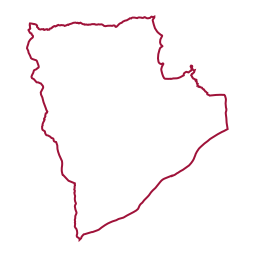 Sandan, Kâmpóng Thum, Cambodia, rotated 179°
{"feature_id": "14789045B38871502259240", "entity_name": "Sandan", "entity_type": "district", "adm_level": 2, "iso_a3": "KHM", "parent_name": "Cambodia", "parent_adm1": "Kâmpóng Thum", "projection": "albers", "projection_center": [105.429, 13.113], "detail": "fine", "context": "isolated", "style": "outline", "palette": "rose", "viewbox_px": 256, "rotation_deg": 179, "n_neighbors": 0, "source": "geoboundaries", "source_scale": "gbopen_adm2", "svg_char_len": 5866}
<svg xmlns="http://www.w3.org/2000/svg" viewBox="0 0 256 256"><g transform="rotate(179 128 128)"><path d="M31.1,159.4L34.7,159.6L39.4,159.5L45.8,159.0L46.4,159.5L48.0,160.2L48.2,160.5L48.1,161.7L48.5,161.8L49.4,162.9L50.1,163.2L50.8,164.3L51.7,165.1L51.6,165.3L52.9,166.1L53.3,167.0L54.6,167.4L54.8,167.6L56.1,167.7L56.7,168.0L56.5,168.3L57.0,168.4L57.1,168.8L57.3,169.1L57.7,169.1L57.5,169.5L57.8,170.0L57.6,170.8L57.9,170.8L57.9,171.0L58.2,171.3L58.5,172.1L58.4,172.7L58.6,172.9L58.7,173.3L59.0,173.5L58.7,173.8L58.8,174.1L58.7,174.6L58.7,174.9L58.9,175.1L59.3,175.1L59.7,175.0L59.7,175.3L59.9,175.4L60.1,175.4L61.2,176.1L61.8,176.2L62.4,177.1L62.8,177.4L63.0,178.3L63.3,178.5L63.5,179.1L63.9,179.6L63.2,180.9L62.6,181.0L61.7,182.0L61.0,182.5L60.3,184.6L61.0,184.4L61.8,184.8L62.2,185.2L63.0,187.2L63.0,187.6L62.7,188.3L62.8,188.9L63.3,189.2L63.8,189.3L64.2,188.8L64.3,188.4L63.6,186.9L63.5,186.2L63.5,185.5L63.9,184.3L65.5,183.4L66.2,182.7L66.6,182.5L68.4,183.1L68.9,183.1L69.9,182.5L70.7,182.0L71.3,181.0L71.4,180.7L71.3,179.7L73.1,178.8L75.0,177.8L77.3,177.0L78.8,176.8L81.6,176.8L84.3,176.3L84.6,176.5L86.5,176.4L90.1,176.6L91.0,177.2L92.0,179.1L92.8,181.5L93.5,184.4L93.7,185.6L93.7,186.4L93.0,188.7L91.6,191.2L91.6,191.7L91.7,191.8L92.0,192.0L93.5,191.3L94.7,191.7L95.7,192.5L96.2,193.3L96.4,194.0L96.8,197.1L96.4,201.3L95.1,205.9L94.3,207.6L92.2,209.1L92.2,209.3L92.6,209.8L93.3,210.3L94.0,211.4L94.4,212.8L94.4,213.6L94.1,215.9L92.3,219.3L92.3,219.8L92.7,220.2L93.6,220.6L96.1,222.7L97.2,223.9L99.3,227.3L100.4,230.9L101.4,235.0L101.4,235.6L100.8,236.6L99.8,237.9L99.7,238.3L99.7,238.9L100.9,238.4L101.3,238.4L102.3,238.9L102.8,238.8L104.1,237.7L106.2,237.3L107.4,237.5L109.2,238.5L109.8,238.5L110.4,238.0L110.9,237.9L112.0,237.8L112.7,238.1L114.2,238.3L115.7,238.3L116.9,237.7L119.7,238.3L121.6,238.3L122.9,237.8L123.0,237.5L124.3,237.6L125.2,236.9L127.4,235.7L129.1,235.4L131.3,234.4L132.5,233.3L133.8,232.9L134.9,232.2L137.2,229.9L137.9,229.4L138.3,229.3L138.7,229.4L139.5,230.6L140.1,230.8L140.9,230.8L142.0,230.4L143.9,230.6L146.3,230.6L148.9,230.2L150.1,230.5L151.6,231.7L152.6,232.1L154.6,232.0L155.8,232.2L156.9,231.9L158.2,231.9L159.1,232.1L159.4,232.4L160.2,232.5L160.5,232.4L161.6,232.5L162.5,232.4L164.1,232.0L165.5,232.1L166.1,231.8L167.7,232.2L168.1,232.1L168.3,232.2L169.5,232.1L169.8,232.5L170.9,232.5L172.3,233.2L173.6,234.1L174.8,233.6L175.0,233.9L175.3,233.9L175.8,233.6L176.3,234.0L176.7,234.1L177.0,233.9L177.5,233.9L178.6,234.3L180.9,234.1L182.5,233.4L185.1,232.7L185.7,232.1L186.1,232.2L186.4,232.4L188.5,231.5L189.6,231.2L189.9,231.5L191.0,231.9L191.9,231.9L193.1,232.1L193.9,231.8L195.2,231.9L195.9,232.3L197.1,231.8L197.2,231.5L197.7,231.2L198.3,231.1L198.7,230.8L199.1,230.9L199.4,231.2L200.0,231.2L200.8,230.6L201.3,230.5L201.6,230.1L202.1,229.9L202.4,229.4L202.9,229.0L204.2,228.8L204.7,228.3L204.9,227.8L205.4,227.9L206.4,227.5L206.8,227.6L207.1,228.2L207.8,228.2L210.1,227.5L210.3,227.6L210.4,228.1L210.8,228.4L211.9,228.2L212.8,228.3L214.0,228.0L215.4,228.5L216.0,229.3L216.0,229.6L217.0,230.4L217.2,230.7L217.1,232.0L217.6,232.4L217.8,232.8L218.0,232.9L219.7,233.6L220.3,233.5L220.9,233.8L221.4,233.8L222.0,234.0L224.2,234.3L224.3,234.1L224.5,232.5L224.2,231.9L224.3,230.8L224.0,229.1L224.1,228.9L225.7,227.9L225.8,227.7L224.5,225.1L224.3,224.8L222.9,224.2L222.7,223.2L221.5,221.9L221.4,221.1L221.5,220.6L221.9,220.0L223.7,218.6L224.4,217.8L225.7,215.9L226.4,213.4L227.3,210.9L227.6,209.5L226.4,206.9L226.1,205.0L224.7,202.2L223.7,199.5L222.6,198.7L218.6,197.3L218.3,197.0L217.9,196.5L216.4,192.0L216.2,191.0L216.3,190.2L216.6,189.8L217.5,189.4L218.5,188.4L220.7,187.5L221.1,187.0L221.8,184.8L222.9,182.8L223.4,181.6L223.6,181.0L223.5,180.4L223.1,179.5L221.3,178.5L218.6,175.3L216.6,175.1L215.8,174.5L214.4,174.1L212.5,171.7L212.2,171.0L212.1,170.3L212.2,169.6L214.6,165.2L214.4,163.0L213.1,160.0L212.0,155.3L209.8,149.1L209.3,147.5L208.4,145.8L208.8,145.3L208.7,144.8L210.0,144.0L210.0,143.5L210.2,143.3L210.6,141.5L210.4,141.1L211.1,139.6L211.7,138.9L211.7,137.9L211.4,137.7L211.7,137.3L211.6,136.9L212.6,135.2L213.2,133.7L213.4,133.0L213.3,132.0L213.8,131.3L213.9,131.0L213.8,130.3L213.9,129.5L213.7,128.3L213.4,127.6L211.2,126.1L210.8,124.0L210.1,122.7L209.8,122.4L209.2,122.1L208.5,122.0L207.9,121.8L206.0,120.7L204.6,119.3L203.6,119.1L203.0,118.7L202.7,118.2L202.5,116.7L202.2,116.1L201.5,115.6L200.1,115.2L199.0,111.8L198.9,108.3L198.3,105.5L197.2,102.1L194.6,96.1L194.4,94.0L194.5,92.0L194.9,89.3L195.0,86.8L194.9,85.6L194.3,82.6L194.2,82.4L194.0,82.5L188.4,76.3L182.1,73.6L182.1,73.1L182.3,72.6L182.0,72.0L182.0,71.4L182.4,70.8L182.4,68.8L182.8,67.6L182.8,67.3L182.4,66.8L182.2,66.0L182.4,65.6L182.4,64.7L182.8,64.1L182.5,63.0L182.5,62.4L182.1,61.1L182.1,60.5L182.4,58.8L182.4,57.2L182.1,55.5L181.4,53.6L181.5,53.0L182.2,51.8L182.4,51.2L182.5,50.5L182.0,47.5L181.0,44.6L181.0,43.8L181.2,43.2L182.2,41.0L182.3,39.9L182.3,38.8L182.8,37.0L182.5,35.2L182.8,34.2L182.5,33.3L182.9,30.4L182.5,29.4L181.4,28.0L180.8,26.2L180.6,24.1L180.6,23.5L181.1,21.7L181.1,20.8L180.8,20.0L178.8,18.6L178.4,17.9L178.4,17.1L176.8,18.6L176.2,20.2L174.2,22.4L173.1,22.6L166.0,24.6L165.2,24.6L160.0,26.4L158.7,27.0L156.1,29.0L152.6,31.3L149.8,32.9L147.3,34.0L145.1,34.9L141.4,36.0L139.0,37.2L134.1,38.5L130.4,40.6L123.8,43.9L121.2,45.4L119.3,47.0L117.7,50.4L116.6,51.8L115.0,53.1L113.1,55.5L109.5,59.0L108.2,60.4L106.1,63.3L104.3,65.2L101.6,67.6L96.8,73.4L95.4,74.9L94.1,75.9L92.6,76.7L85.0,79.6L84.9,79.2L82.0,80.4L79.6,82.0L78.9,82.3L76.4,83.9L73.9,85.2L67.6,89.5L65.5,91.8L64.0,93.8L62.9,95.6L61.2,99.6L60.9,100.6L59.5,103.2L57.4,106.2L55.6,107.9L51.8,111.2L48.6,113.5L46.2,115.5L44.6,116.5L38.4,120.2L34.2,122.4L32.1,123.3L28.4,125.2L29.3,131.5L29.5,136.2L30.0,140.8L30.0,141.7L29.4,143.7L29.3,145.3L29.7,146.8L29.9,149.6L30.0,150.9L29.6,154.4L29.7,155.8L30.4,158.4L31.1,159.4Z" fill="none" stroke="#9f1239" stroke-width="2"/></g></svg>